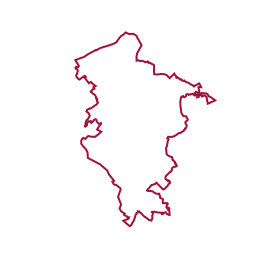 outline of Sieu-Magherus, Bistrita-Nasaud, Romania, rotated 30°
{"feature_id": "2599482B89364965460563", "entity_name": "Sieu-Magherus", "entity_type": "district", "adm_level": 2, "iso_a3": "ROU", "parent_name": "Romania", "parent_adm1": "Bistrita-Nasaud", "projection": "mercator", "projection_center": [24.401, 47.084], "detail": "fine", "context": "isolated", "style": "outline", "palette": "rose", "viewbox_px": 256, "rotation_deg": 30, "n_neighbors": 0, "source": "geoboundaries", "source_scale": "gbopen_adm2", "svg_char_len": 5845}
<svg xmlns="http://www.w3.org/2000/svg" viewBox="0 0 256 256"><g transform="rotate(30 128 128)"><path d="M167.9,203.8L168.0,205.2L171.0,205.2L171.7,205.0L172.2,205.2L172.4,205.5L173.0,205.5L173.6,205.0L173.7,205.5L173.7,206.5L170.3,210.7L178.6,212.2L178.8,212.1L178.8,211.4L179.3,210.7L179.5,210.2L179.1,207.8L179.4,206.2L178.9,202.8L178.3,200.7L178.1,199.4L178.2,198.4L177.9,197.6L177.9,197.3L178.7,196.8L178.8,196.6L178.8,195.7L178.3,195.3L179.4,194.6L180.3,195.0L182.2,195.2L184.1,196.0L186.9,196.6L187.2,196.4L192.0,197.1L194.6,196.5L194.3,195.1L194.3,194.1L192.8,191.8L192.8,190.9L192.1,189.1L190.9,189.0L190.7,188.8L192.3,187.5L196.4,186.1L198.5,185.0L199.0,185.0L199.7,184.7L200.0,185.1L200.3,185.6L201.1,185.3L200.8,184.3L201.2,184.4L201.4,184.2L201.5,183.3L202.9,182.1L203.2,182.1L204.3,183.0L204.8,183.1L206.2,182.7L207.2,182.8L207.5,182.6L207.1,182.1L206.9,181.5L205.4,179.3L205.1,179.0L203.9,179.1L203.6,178.9L203.5,178.6L203.7,178.0L204.3,177.6L204.2,177.2L203.2,176.6L202.2,177.1L201.5,177.8L201.0,177.6L200.4,176.4L200.5,175.7L200.2,175.1L200.3,174.4L200.5,173.9L200.4,173.7L199.4,173.5L197.7,174.4L196.5,175.5L195.7,175.6L195.4,175.4L195.3,174.9L194.8,174.3L194.2,172.7L193.9,172.2L193.2,172.1L191.2,172.5L190.8,172.4L190.4,172.1L190.0,171.0L188.7,170.2L188.0,170.1L187.8,169.4L186.9,170.1L184.4,170.9L182.5,170.8L181.4,170.5L180.6,170.7L178.6,171.5L177.0,172.5L175.7,172.6L175.7,171.4L176.3,169.3L176.9,165.6L177.6,165.1L179.4,163.0L179.9,161.2L189.1,163.7L190.4,162.0L190.6,160.0L191.0,159.3L191.2,158.0L191.1,156.4L191.4,155.6L191.8,155.2L191.9,154.9L191.7,154.0L190.5,153.2L190.2,153.5L189.1,153.3L189.1,154.0L185.9,153.3L185.5,152.9L184.8,150.9L186.4,144.8L186.8,144.8L187.2,142.9L187.2,142.6L186.5,141.7L186.3,141.3L186.4,140.3L186.8,139.3L187.4,138.5L188.7,137.6L189.1,136.7L189.1,136.1L186.8,135.4L187.0,134.9L185.6,134.4L185.7,134.0L182.7,133.1L182.6,133.4L182.4,133.3L181.9,132.8L181.5,131.8L180.7,131.2L178.6,131.7L176.2,131.8L174.3,131.2L173.6,129.9L173.1,129.5L172.9,129.0L171.0,126.4L170.8,125.6L170.9,124.4L169.6,121.0L169.2,120.3L169.1,120.0L168.9,118.4L169.0,117.7L167.6,117.0L167.1,117.1L167.2,116.1L167.1,115.5L170.0,114.1L171.1,113.1L172.4,111.5L174.7,107.0L176.1,105.8L176.5,104.5L177.2,103.7L177.7,102.9L177.4,102.0L178.1,100.8L177.6,99.9L178.2,99.1L178.3,98.6L178.1,97.8L177.6,96.5L177.2,96.1L176.4,95.9L175.5,95.0L174.9,94.7L174.8,94.4L174.8,93.7L175.6,91.8L175.7,91.4L175.5,90.7L175.2,90.4L173.6,89.7L172.7,88.8L170.0,90.0L168.4,89.2L167.9,89.1L166.7,88.1L165.9,87.3L164.8,85.6L162.9,83.5L162.5,82.6L161.5,81.3L160.0,78.8L159.8,78.1L159.4,77.5L159.0,75.6L158.6,74.7L159.1,73.5L159.7,72.9L160.3,73.5L161.0,73.3L162.1,72.2L162.3,71.6L161.9,70.9L161.7,70.1L161.7,69.8L162.2,69.2L163.0,68.7L163.6,68.6L163.9,69.0L164.1,68.9L164.9,67.9L165.6,67.5L166.1,66.7L167.7,65.4L168.0,65.5L168.2,66.4L169.8,66.4L170.0,65.8L171.3,65.4L172.4,66.0L172.7,66.2L172.7,66.6L173.7,65.6L173.3,65.4L173.3,64.1L173.5,63.6L174.1,63.0L174.5,63.3L175.2,62.9L176.3,63.7L177.6,61.9L178.1,61.5L178.6,61.5L179.2,61.5L180.6,62.1L181.4,62.8L182.8,64.8L183.2,65.0L185.0,67.0L189.7,60.5L188.0,60.2L183.3,59.9L181.8,60.2L180.9,59.4L179.9,59.0L179.1,58.9L178.1,59.1L175.9,60.1L174.9,61.3L174.5,60.9L173.0,62.8L172.6,64.2L168.8,65.5L168.3,65.1L168.6,64.7L168.7,62.6L171.1,62.6L172.6,62.1L168.6,57.5L169.5,56.7L170.9,56.1L169.6,55.1L167.4,53.8L165.7,56.4L164.3,59.1L164.0,59.0L164.0,58.8L163.4,58.5L163.0,58.7L161.6,58.7L161.1,58.9L160.5,58.7L159.9,58.9L157.7,58.6L155.3,59.1L154.1,59.1L153.2,58.7L152.8,59.4L151.7,59.5L151.0,59.9L150.2,59.2L149.3,59.4L149.1,59.8L148.6,60.1L148.1,59.9L147.8,59.6L146.3,59.5L144.8,60.3L144.6,60.2L144.6,59.7L144.5,59.1L143.6,59.1L142.2,58.7L140.9,57.7L139.2,64.0L134.6,62.8L133.2,63.2L131.9,63.5L130.8,64.2L129.6,64.6L128.2,65.9L126.1,67.3L123.8,68.3L122.0,65.7L120.3,62.4L119.2,60.7L118.3,60.4L117.5,60.5L117.2,60.6L114.9,60.6L113.9,60.8L113.6,61.2L113.4,60.9L112.8,61.0L112.6,61.0L112.4,60.5L111.8,60.6L111.7,61.1L111.4,61.4L110.7,61.7L110.3,62.4L108.6,62.4L106.4,62.8L105.4,63.7L104.7,64.1L103.2,64.2L102.5,64.6L101.8,65.4L99.6,61.8L99.0,59.8L98.6,59.0L98.4,49.7L92.6,46.0L91.5,45.6L89.8,44.2L88.5,43.8L85.4,43.8L84.7,44.4L81.5,46.2L78.2,46.4L77.5,49.2L75.9,52.0L75.2,57.2L75.2,59.1L74.1,61.3L71.3,64.8L64.2,72.4L61.6,76.6L61.2,76.4L56.2,84.6L54.4,88.5L51.5,91.7L48.5,95.6L54.3,98.7L54.3,99.3L54.5,99.5L54.4,100.2L52.9,100.7L52.3,101.5L52.4,102.1L53.1,102.7L54.3,102.5L55.6,103.2L56.1,103.9L56.3,104.6L56.4,105.3L56.8,106.9L56.6,107.6L56.9,108.4L57.6,108.9L57.9,109.5L58.5,109.8L59.3,109.9L60.7,110.4L61.8,110.3L63.6,105.9L63.8,105.9L64.4,104.5L66.0,104.9L65.4,106.2L68.1,107.2L71.8,108.8L72.8,106.7L77.0,107.8L77.5,107.7L79.0,107.8L77.7,109.9L78.8,110.5L78.3,110.7L78.6,111.2L78.7,111.5L78.2,112.1L77.7,114.1L77.9,114.2L77.6,115.2L77.8,115.2L78.0,114.9L78.6,115.1L79.0,115.6L82.5,115.9L83.4,116.2L84.9,117.2L85.3,118.1L85.6,118.3L86.3,118.6L86.3,118.0L86.6,118.1L87.2,119.2L87.6,119.5L87.7,120.4L88.5,120.5L89.3,121.1L88.8,123.9L87.7,125.9L86.4,128.9L85.4,130.4L84.8,130.4L83.4,133.0L83.7,134.4L86.1,134.7L88.2,136.0L88.8,136.6L88.7,141.2L88.3,141.7L88.2,142.6L89.0,145.4L89.7,146.6L89.6,147.2L89.8,148.0L90.3,148.2L90.8,147.3L91.0,146.5L91.0,145.8L90.2,144.4L90.1,143.8L90.8,141.8L91.1,142.0L92.4,140.7L93.4,141.9L93.6,142.0L94.4,139.8L94.6,139.1L94.5,138.4L94.7,137.7L95.3,136.7L96.3,136.6L97.7,137.9L99.7,138.8L101.0,138.9L102.1,137.3L102.6,137.8L102.0,141.8L102.0,144.8L106.7,144.6L105.7,147.8L103.8,152.4L102.6,152.6L101.4,153.6L97.6,154.8L96.8,156.6L96.9,157.6L96.3,159.0L94.2,158.9L93.7,160.3L93.9,162.5L95.4,165.0L98.2,166.3L101.8,167.3L105.1,169.3L108.2,174.0L122.2,173.4L131.1,175.2L135.1,177.9L142.4,180.7L141.4,182.4L144.0,183.9L146.4,183.2L151.7,184.1L152.4,185.1L153.8,192.6L160.3,197.7L160.9,201.8L161.8,202.5L163.8,203.6L167.9,203.8Z" fill="none" stroke="#9f1239" stroke-width="2"/></g></svg>